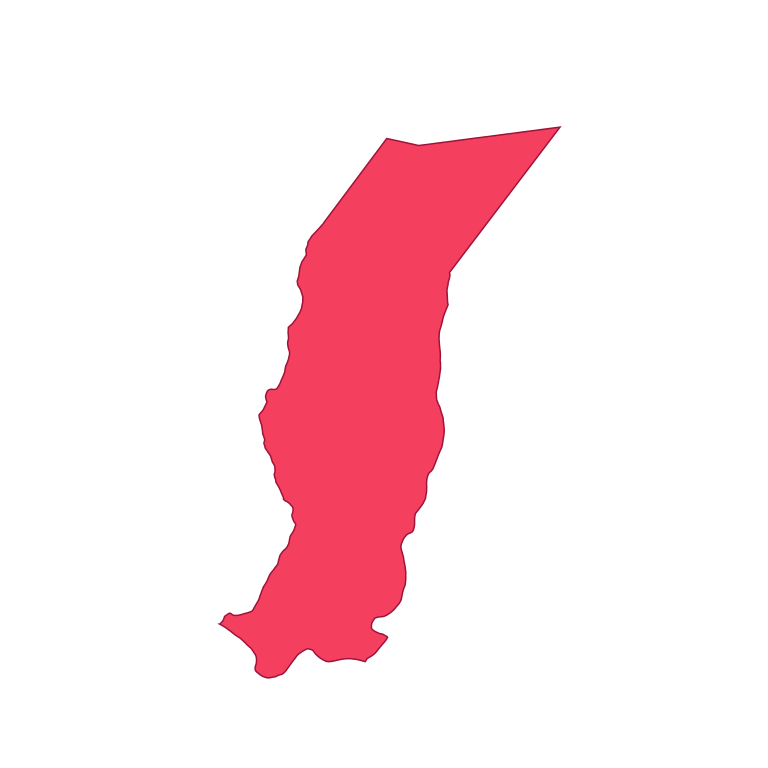 outline of Franciou, Soufrière, Saint Lucia, rotated 33°
{"feature_id": "8701671B52742071766833", "entity_name": "Franciou", "entity_type": "district", "adm_level": 2, "iso_a3": "LCA", "parent_name": "Saint Lucia", "parent_adm1": "Soufrière", "projection": "orthographic", "projection_center": [-61.054, 13.804], "detail": "fine", "context": "isolated", "style": "filled", "palette": "rose", "viewbox_px": 768, "rotation_deg": 33, "n_neighbors": 0, "source": "geoboundaries", "source_scale": "gbopen_adm2", "svg_char_len": 6169}
<svg xmlns="http://www.w3.org/2000/svg" viewBox="0 0 768 768"><g transform="rotate(33 384 384)"><path d="M252.6,176.6L245.7,280.8L245.7,282.8L244.6,289.8L242.9,299.0L242.9,306.3L244.3,308.8L245.1,313.6L248.6,318.1L248.6,326.0L250.0,332.1L253.8,340.0L255.2,345.0L257.6,347.8L262.8,350.4L268.8,355.4L269.4,356.8L271.0,359.1L273.7,365.8L274.3,368.9L274.8,376.5L274.3,383.5L272.9,388.5L275.7,393.3L277.5,395.5L279.0,397.7L279.8,399.3L279.9,400.2L281.2,402.7L283.7,405.5L287.1,408.4L288.3,410.0L288.7,410.8L289.0,411.6L290.5,415.6L290.8,417.2L291.1,418.1L291.8,422.5L292.5,424.3L294.0,427.5L294.5,429.2L294.8,430.9L295.1,431.8L295.1,432.6L295.6,435.1L295.6,436.0L296.2,438.8L296.5,440.3L296.7,443.6L296.7,444.6L296.7,446.2L296.3,447.0L295.8,447.5L295.0,448.3L294.3,448.8L292.7,449.5L291.9,450.1L291.3,450.7L290.8,451.3L290.3,452.3L290.1,453.1L290.1,454.0L290.4,455.9L290.9,457.5L291.2,458.5L291.7,459.3L293.0,460.6L293.8,461.4L295.2,462.4L295.7,463.2L296.7,470.7L296.7,472.6L296.0,477.2L296.2,478.3L297.3,479.6L298.0,480.3L298.6,481.0L301.4,483.3L303.0,484.5L303.6,485.0L307.1,488.9L309.2,491.5L309.9,492.2L310.7,492.7L313.4,494.9L314.1,495.5L314.6,496.3L315.4,498.9L316.0,499.5L316.6,500.1L317.4,500.5L318.6,501.8L319.3,502.4L320.0,502.8L321.7,503.4L324.1,504.5L326.6,505.5L328.1,506.2L329.5,507.4L330.9,508.5L331.6,509.2L333.1,510.3L333.9,510.7L336.2,511.8L337.0,512.4L337.6,513.0L338.2,513.8L338.7,514.5L340.2,516.5L341.2,519.8L341.8,520.3L343.0,521.6L343.7,522.2L344.5,522.5L345.1,523.3L346.3,524.5L346.8,525.2L350.9,527.2L355.7,530.0L356.4,530.6L357.9,531.7L361.0,533.6L361.6,534.2L362.1,534.9L362.7,535.5L363.6,535.7L364.5,535.8L367.1,535.5L368.0,535.5L369.8,535.7L371.6,536.2L373.4,536.7L375.1,537.4L375.6,538.2L376.7,539.7L377.1,540.5L377.8,543.2L378.2,543.9L378.6,544.8L379.2,545.4L382.5,547.9L383.9,548.7L385.7,549.3L386.4,549.8L386.8,550.7L387.2,552.4L387.4,553.3L387.7,554.2L388.1,555.9L388.2,556.7L388.2,561.6L388.3,562.6L388.8,564.3L390.5,568.3L391.1,570.0L391.4,573.0L391.5,573.8L391.3,575.4L390.6,578.0L390.3,579.5L390.1,582.0L390.1,584.0L390.2,584.9L390.5,585.7L391.4,588.5L391.6,589.3L392.3,590.9L392.5,591.8L392.9,592.5L393.0,593.9L392.8,595.5L392.7,596.4L392.6,597.3L392.6,599.8L392.1,604.0L392.1,606.4L392.3,608.1L392.5,609.0L393.1,612.3L393.3,614.0L393.4,616.2L393.4,619.6L394.5,625.3L394.9,626.7L395.4,629.3L396.2,632.0L396.6,634.5L396.8,640.7L397.2,644.9L397.0,645.9L396.7,646.9L395.0,649.2L394.5,649.9L392.4,652.1L390.5,654.4L388.0,657.1L385.8,658.8L384.2,659.7L383.4,660.0L382.5,660.1L380.6,659.9L379.7,660.1L379.0,660.7L378.2,662.4L377.5,664.2L376.9,665.7L377.1,666.6L377.4,667.5L377.8,670.1L377.7,671.5L377.2,674.4L376.7,674.9L379.3,674.7L382.9,674.6L384.7,674.6L387.4,674.8L390.2,674.9L394.7,675.4L397.2,675.5L402.0,675.5L403.6,675.8L404.5,675.9L407.0,676.4L407.8,676.5L408.9,676.7L410.6,677.2L413.8,677.7L414.7,677.9L415.5,677.9L416.3,678.1L417.1,678.3L419.5,679.3L423.6,681.1L424.3,681.6L425.2,682.2L427.1,684.4L428.4,686.6L428.8,687.4L429.2,688.3L429.9,690.8L430.2,691.6L430.5,692.4L431.1,693.1L431.9,694.0L432.5,694.5L434.4,694.9L435.3,694.9L436.1,695.1L437.8,695.3L440.6,695.3L442.4,695.1L444.3,694.6L445.9,694.1L447.5,693.2L450.8,690.0L451.4,689.6L452.6,688.3L453.0,687.5L453.9,686.1L455.0,684.6L456.1,683.5L456.6,682.8L457.0,681.9L457.3,681.1L457.7,679.4L457.9,677.6L458.5,665.0L458.8,662.5L458.9,660.0L459.0,659.1L459.1,658.2L459.4,657.4L459.6,656.5L460.0,655.6L461.0,653.0L461.8,651.4L463.2,648.9L463.7,648.2L464.3,647.6L465.0,647.2L465.9,646.9L467.6,646.4L469.3,646.2L470.0,646.3L473.5,647.7L474.4,647.9L478.2,648.5L480.7,648.6L482.5,648.6L485.1,648.3L486.8,648.0L488.4,647.2L489.2,646.8L490.6,645.6L491.9,644.5L497.8,638.5L499.2,637.2L501.9,635.0L504.9,633.0L505.7,632.5L506.6,632.1L510.5,630.1L511.3,629.8L512.1,629.6L512.9,629.2L519.4,627.1L519.4,623.8L519.7,623.0L520.6,621.0L521.1,620.1L521.9,618.4L522.2,617.5L522.9,615.7L523.5,612.3L524.0,606.7L524.3,605.0L524.3,604.1L524.9,600.4L525.1,597.6L525.1,594.7L524.2,594.2L523.4,594.2L521.7,594.4L519.1,594.5L518.3,594.7L517.6,595.2L516.7,595.5L513.9,596.1L511.0,596.4L509.1,596.4L507.3,596.0L506.5,595.6L505.0,593.4L504.6,592.7L504.3,591.8L504.0,590.9L503.8,588.5L503.8,585.6L504.3,584.8L505.4,583.3L506.7,582.1L508.3,580.8L509.0,580.3L510.5,578.9L511.6,577.3L512.6,575.5L514.0,572.2L514.3,571.3L514.8,569.6L515.3,567.7L515.7,563.8L516.0,562.0L516.2,560.9L516.2,558.4L516.1,556.7L515.9,555.7L515.6,554.8L513.4,549.3L512.4,546.5L511.9,544.5L511.4,541.9L511.1,540.9L510.3,539.2L509.0,536.8L508.5,535.7L507.0,533.5L506.5,532.8L505.5,531.1L504.5,529.6L501.7,526.3L499.5,523.9L497.1,521.5L495.8,520.0L495.2,519.3L494.5,518.5L492.5,516.8L491.0,515.3L490.1,514.7L489.4,514.1L488.0,512.8L486.9,511.3L486.4,510.5L485.7,508.7L485.0,505.4L484.7,502.9L484.8,500.3L485.1,498.6L485.6,497.0L486.4,495.6L487.4,494.2L488.2,492.7L488.3,491.8L488.2,490.8L488.0,489.9L487.8,489.1L486.8,486.5L486.0,484.9L484.0,481.8L483.5,481.1L482.2,478.8L481.2,476.5L481.0,475.6L481.0,474.7L481.6,468.3L481.8,464.0L481.7,461.8L481.1,457.3L480.7,456.5L479.5,453.9L478.5,451.5L478.0,450.5L477.5,449.8L476.1,447.4L475.6,446.7L475.1,446.0L473.9,444.3L473.0,442.8L471.7,440.3L471.1,438.7L470.6,436.8L470.3,435.0L470.3,434.3L470.4,433.3L470.7,432.5L471.1,430.9L471.2,429.2L471.1,427.9L469.9,421.4L469.6,420.4L469.1,417.8L468.6,415.6L467.6,410.4L467.1,406.8L466.9,405.7L465.9,402.9L461.9,394.0L460.5,391.3L459.0,389.0L458.3,388.1L456.0,385.2L454.5,383.4L453.1,381.8L452.5,380.9L451.9,380.1L450.5,379.0L449.9,378.4L448.6,377.6L447.9,376.8L446.4,375.7L444.4,373.8L443.0,372.7L440.0,371.0L438.6,369.8L437.0,368.8L434.9,366.2L432.3,362.4L431.6,360.9L431.1,359.1L429.8,355.7L427.1,349.1L426.1,346.8L423.8,342.0L423.1,340.4L422.2,339.0L421.7,338.3L421.2,337.6L419.7,335.2L419.1,334.8L418.6,334.1L418.1,333.3L417.2,331.8L415.2,328.5L413.8,326.6L412.1,324.6L409.3,321.1L405.5,316.1L404.0,313.6L402.7,311.4L402.0,309.8L401.1,307.3L400.9,306.4L399.5,301.7L397.3,295.7L396.8,293.8L396.7,293.0L396.3,291.5L395.4,287.1L395.2,285.6L394.5,282.5L393.1,281.2L385.6,270.9L384.7,268.8L383.5,265.7L382.6,264.0L381.3,259.7L379.9,256.5L378.2,254.9L391.7,72.7L283.2,165.1L252.6,176.6Z" fill="#f43f5e" stroke="#9f1239" stroke-width="1.5"/></g></svg>